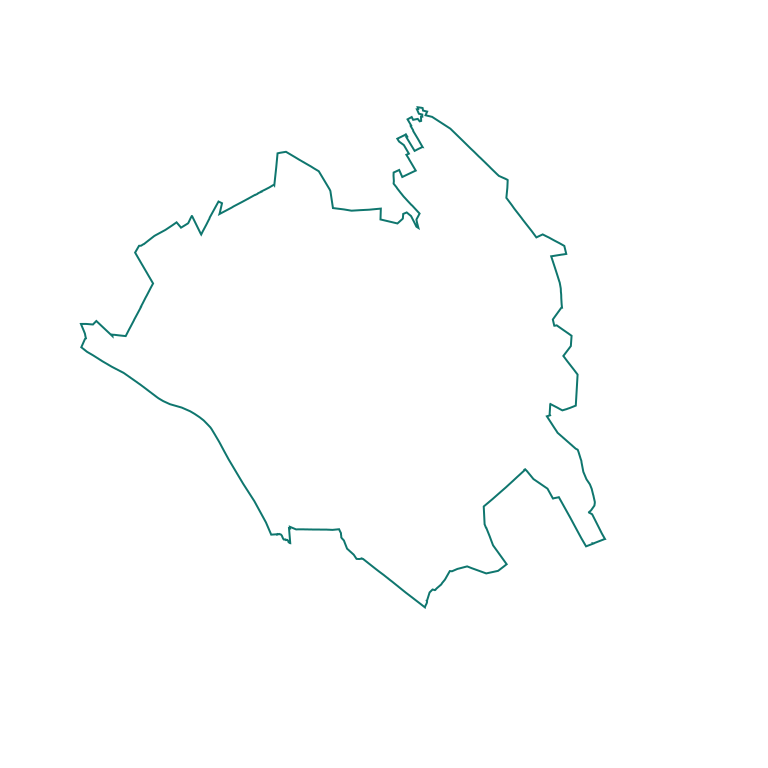 outline of Skrīveru pag., Skriveru, Latvia, rotated 55°
{"feature_id": "27541924B66857212863076", "entity_name": "Skrīveru pag.", "entity_type": "district", "adm_level": 2, "iso_a3": "LVA", "parent_name": "Latvia", "parent_adm1": "Skriveru", "projection": "natural_earth1", "projection_center": [25.099, 56.672], "detail": "fine", "context": "isolated", "style": "outline", "palette": "teal", "viewbox_px": 768, "rotation_deg": 55, "n_neighbors": 0, "source": "geoboundaries", "source_scale": "gbopen_adm2", "svg_char_len": 6021}
<svg xmlns="http://www.w3.org/2000/svg" viewBox="0 0 768 768"><g transform="rotate(55 384 384)"><path d="M442.7,562.8L445.2,558.7L445.3,558.6L445.3,558.4L445.6,558.2L446.0,558.2L446.2,557.7L445.8,557.5L445.8,557.2L446.1,557.0L446.4,556.5L446.8,556.1L446.8,555.8L447.5,555.4L447.8,555.0L448.5,554.7L449.1,554.7L449.9,554.7L450.3,554.8L450.7,554.9L451.1,555.0L452.6,555.3L453.9,555.3L454.3,554.9L454.4,554.6L454.6,554.1L454.8,553.9L455.2,553.9L455.6,553.9L456.0,553.2L456.0,552.9L456.3,552.6L456.5,552.6L457.2,552.5L457.4,552.5L457.8,552.5L458.5,552.8L458.8,552.9L459.7,552.6L460.4,552.3L460.6,552.1L447.6,544.5L448.4,543.8L447.0,543.0L452.7,539.4L454.0,537.4L456.1,534.4L463.0,524.9L469.1,516.3L470.0,515.0L474.0,509.8L474.5,508.9L477.2,504.1L478.7,504.4L481.5,504.8L482.7,505.6L483.8,506.1L485.2,507.0L485.9,507.0L486.2,507.0L487.7,506.8L489.2,506.6L491.1,507.1L497.7,508.7L506.5,506.7L511.5,506.8L513.1,504.8L513.6,503.9L514.0,502.4L514.4,502.5L515.3,501.5L521.3,499.7L530.3,497.0L534.8,495.6L540.5,493.7L540.9,493.6L548.0,491.5L550.5,490.7L567.1,485.9L583.9,480.6L590.4,478.6L590.2,478.4L589.9,477.9L589.0,476.5L588.3,475.1L587.3,473.8L587.1,473.6L586.8,473.5L586.1,473.3L586.2,473.1L580.9,466.2L580.2,462.1L581.7,460.8L582.0,460.6L582.1,460.4L582.1,460.1L582.1,459.8L581.9,459.5L581.6,457.8L581.0,452.0L580.4,450.6L579.2,446.3L575.0,437.4L576.4,435.7L577.6,429.9L578.4,427.8L581.1,420.5L585.3,417.7L597.8,408.9L600.5,402.5L602.5,397.7L602.2,390.5L602.0,386.9L578.7,387.2L573.2,385.8L569.4,384.8L560.4,382.7L560.2,382.9L556.9,382.1L556.7,382.1L541.6,372.6L541.5,372.3L540.5,361.0L539.3,350.3L538.6,343.6L538.0,339.1L537.2,333.0L536.5,328.0L535.3,318.6L535.2,318.4L534.7,318.2L534.8,317.3L536.5,317.0L537.7,316.8L537.9,316.8L538.2,316.8L547.6,316.1L563.5,310.1L574.7,311.3L574.9,311.0L575.0,310.4L576.4,307.2L576.8,306.3L577.0,305.7L600.4,308.1L608.8,309.1L623.4,310.8L632.9,311.6L633.2,310.4L634.8,304.0L634.6,304.0L634.7,303.9L637.6,292.1L637.7,291.9L631.4,291.3L624.0,290.2L610.1,288.2L606.9,289.8L606.6,289.7L606.3,287.0L604.3,281.4L602.3,279.5L601.4,278.9L599.7,278.2L597.0,277.1L595.4,276.4L594.7,276.2L589.0,274.0L584.3,272.9L578.2,272.8L570.3,271.1L561.6,267.2L560.3,266.5L559.8,266.3L558.3,265.9L551.8,263.8L550.0,263.3L549.6,263.2L549.3,263.1L549.0,263.1L548.8,263.1L546.9,264.1L545.2,264.5L523.5,269.8L521.8,269.7L517.2,269.6L503.9,269.1L504.9,265.9L503.8,265.7L498.3,261.3L495.9,259.4L495.8,259.2L496.0,259.1L502.9,255.5L505.8,254.1L507.9,253.0L508.6,250.9L509.0,249.7L509.3,248.9L509.6,247.6L510.2,245.6L511.7,239.3L501.1,230.9L487.3,220.0L480.1,220.3L470.4,220.8L463.9,221.0L460.1,209.2L452.1,202.7L449.5,203.6L443.8,205.7L435.0,208.9L434.2,210.7L433.9,211.1L428.0,208.7L427.0,205.9L423.0,194.3L423.2,194.2L420.5,192.7L415.3,189.5L412.6,187.7L411.2,186.9L410.7,186.6L410.4,186.5L407.6,184.7L406.9,184.3L401.7,181.9L400.3,181.5L394.3,179.6L387.5,177.5L375.3,173.8L380.2,163.7L380.4,163.4L382.0,160.1L374.3,157.1L369.3,159.5L364.5,162.0L363.5,162.5L358.6,164.9L356.1,166.3L352.5,168.2L351.9,171.6L351.3,175.1L343.3,175.3L334.4,175.8L328.6,176.1L327.0,176.1L325.2,176.2L324.9,176.2L317.2,176.6L314.8,176.7L310.9,176.7L301.7,177.0L294.0,170.4L287.9,165.7L287.3,165.9L286.0,166.6L279.5,170.5L276.7,171.1L267.8,172.8L267.0,172.9L254.3,175.3L252.1,175.8L245.4,177.0L240.6,178.0L235.1,179.0L229.7,180.0L225.5,180.8L221.8,181.5L212.9,183.2L192.7,191.4L192.4,191.7L187.7,195.8L185.6,192.4L182.4,195.2L180.1,194.1L179.2,194.9L176.6,197.7L178.4,198.3L177.8,199.5L178.6,199.6L182.6,200.4L185.2,198.1L187.0,199.3L186.2,200.3L189.8,202.7L189.3,204.1L186.2,204.3L184.3,208.6L181.2,208.2L180.7,212.9L188.0,213.5L188.0,214.2L192.9,214.6L193.6,215.0L198.0,215.3L202.3,215.6L212.0,216.5L211.9,216.6L211.7,217.6L211.6,218.7L211.4,219.5L211.1,221.5L210.6,225.2L194.4,224.1L194.7,223.1L192.0,222.9L192.0,224.0L190.7,232.4L194.0,232.6L199.7,230.7L209.6,231.5L209.1,234.2L214.2,234.5L214.4,234.6L227.4,235.6L227.0,237.7L224.9,250.3L217.4,248.8L216.3,254.8L218.8,256.7L223.4,259.5L225.4,261.2L230.5,260.9L231.3,261.0L233.0,260.9L237.2,260.7L238.2,260.6L240.1,260.5L241.7,260.4L243.8,260.1L247.7,259.6L253.3,258.8L253.7,258.6L264.8,257.1L266.5,260.4L266.8,261.0L267.8,263.0L268.2,263.3L271.2,264.6L272.9,265.2L275.9,266.3L273.8,267.2L273.5,267.2L271.2,266.8L262.0,265.5L256.5,267.0L255.7,270.7L259.2,273.6L259.4,274.1L260.2,280.9L252.8,287.5L247.2,292.5L238.5,286.0L232.7,296.2L228.0,303.7L223.4,311.2L218.0,316.7L210.6,324.9L195.1,317.2L193.2,316.9L172.3,315.4L167.4,317.6L163.8,319.1L161.5,320.2L160.0,320.9L152.1,324.6L147.1,326.8L137.6,331.1L134.9,336.7L134.0,338.9L144.7,348.0L158.2,359.8L157.6,359.8L157.2,365.3L156.6,369.7L155.9,374.2L156.2,374.2L155.5,377.7L155.6,378.1L155.7,378.5L155.6,379.0L155.3,381.0L155.1,381.1L154.4,387.7L153.5,395.7L152.2,405.7L152.2,406.4L152.1,407.8L150.4,421.3L149.7,420.4L143.0,413.0L139.6,414.9L147.7,431.3L148.6,432.4L148.8,433.0L151.5,438.0L154.7,444.3L155.0,444.9L156.7,448.0L155.6,447.9L137.0,445.0L136.5,444.9L136.2,445.2L136.6,446.0L137.4,447.6L139.8,451.8L140.0,452.5L139.7,457.7L139.5,460.6L139.0,460.6L132.6,461.2L132.6,465.2L132.6,466.6L132.4,474.7L131.1,486.0L131.0,487.4L131.4,495.4L131.5,497.2L131.7,500.5L131.5,500.8L131.4,503.6L130.3,505.4L133.6,512.5L145.0,513.5L152.4,514.1L169.2,515.5L171.3,519.7L174.3,525.4L176.0,528.7L176.3,529.4L179.3,535.0L181.3,538.9L181.5,538.8L185.4,546.5L187.3,550.3L188.0,551.7L188.5,552.5L191.9,559.1L193.1,561.5L195.6,566.2L196.6,568.1L191.8,573.6L189.0,576.7L188.1,577.9L187.7,578.3L189.0,579.0L181.9,580.5L173.7,582.2L167.4,583.5L168.3,588.3L163.9,593.6L161.0,597.8L168.7,599.5L171.2,600.1L174.1,601.4L175.7,602.0L175.6,602.9L175.6,603.1L180.3,610.9L187.3,608.8L193.8,605.8L203.7,601.7L213.7,597.1L225.8,590.8L245.2,583.8L255.1,580.6L264.1,577.7L266.4,576.9L271.3,574.7L277.8,570.9L287.3,563.2L295.2,558.4L299.8,556.3L305.2,554.2L310.4,552.6L316.5,551.6L319.9,551.1L322.1,551.1L327.9,551.5L336.9,552.2L347.7,553.5L356.6,554.5L372.8,555.7L385.1,556.6L405.6,557.4L429.7,560.1L442.7,562.8Z" fill="none" stroke="#0f766e" stroke-width="2"/></g></svg>